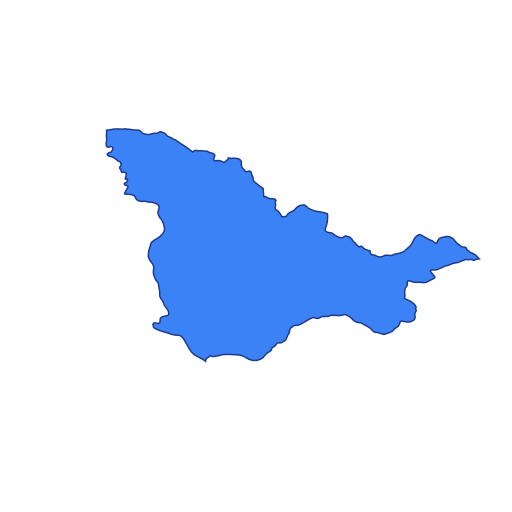 Aguada, Santander, Colombia (Robinson projection), rotated 121°
{"feature_id": "7082276B46903478883308", "entity_name": "Aguada", "entity_type": "district", "adm_level": 2, "iso_a3": "COL", "parent_name": "Colombia", "parent_adm1": "Santander", "projection": "robinson", "projection_center": [-73.538, 6.182], "detail": "fine", "context": "isolated", "style": "filled", "palette": "blue", "viewbox_px": 512, "rotation_deg": 121, "n_neighbors": 0, "source": "geoboundaries", "source_scale": "gbopen_adm2", "svg_char_len": 6111}
<svg xmlns="http://www.w3.org/2000/svg" viewBox="0 0 512 512"><g transform="rotate(121 256 256)"><path d="M372.2,245.0L370.9,245.6L369.4,245.7L366.2,244.3L364.8,243.1L364.4,241.0L360.5,236.5L357.5,233.6L354.9,229.6L350.5,221.5L348.7,217.3L348.3,213.7L348.2,208.9L347.2,205.0L344.8,201.2L342.0,198.9L339.3,197.6L336.7,197.3L334.4,196.8L329.6,194.5L328.0,194.6L326.4,195.0L324.5,193.9L322.8,193.3L321.3,193.1L320.1,193.1L319.1,192.4L318.2,190.8L317.2,189.5L315.7,188.8L313.9,187.7L312.1,187.3L307.2,188.0L305.1,187.9L303.6,188.5L302.2,188.8L301.2,189.2L299.8,189.2L298.5,188.5L296.9,188.1L295.5,187.1L293.6,184.3L290.8,182.2L282.4,177.6L279.7,175.7L278.9,174.8L278.5,172.7L277.7,170.9L276.7,170.0L274.3,168.5L273.2,167.3L272.4,165.7L271.4,164.6L271.0,163.3L269.7,162.3L268.1,161.0L266.3,158.0L264.8,154.9L263.0,152.4L260.2,149.6L259.9,146.8L259.9,143.5L260.6,140.6L261.1,137.0L260.5,134.3L259.6,132.4L259.1,130.4L259.3,128.2L258.9,126.6L259.1,124.8L258.9,123.0L259.1,120.5L259.8,118.5L260.3,116.1L259.9,114.1L258.9,112.2L257.5,106.2L256.1,104.7L255.0,104.0L253.5,102.6L251.6,101.2L250.1,100.3L247.5,99.8L245.5,99.1L243.1,97.9L241.2,97.9L237.6,98.6L236.8,97.7L234.6,92.2L233.1,89.9L229.7,87.7L228.2,87.6L226.4,88.1L224.1,90.1L220.3,90.5L218.8,92.2L217.3,92.5L216.0,94.7L215.5,96.8L215.2,99.6L215.4,102.1L215.9,105.5L215.9,106.8L213.5,107.8L210.4,110.0L208.7,110.8L206.7,111.5L202.9,111.3L200.4,113.0L198.6,112.8L197.1,107.0L195.2,103.6L194.1,102.0L193.2,99.9L191.5,97.1L190.0,95.9L187.1,94.2L183.6,91.9L182.1,91.6L181.5,92.5L180.5,95.3L179.7,97.7L178.9,98.9L177.5,98.4L175.7,95.2L174.2,93.6L172.2,92.3L170.4,90.8L167.3,88.9L165.2,86.6L160.9,83.4L157.4,79.4L155.2,77.8L150.9,74.4L150.0,72.4L148.0,69.6L147.8,67.5L147.0,66.6L145.6,65.6L144.7,64.8L143.5,63.1L142.1,68.1L142.1,71.5L142.2,72.5L142.6,73.9L141.9,78.3L140.8,80.1L140.8,81.6L141.8,83.1L142.1,85.0L141.6,90.0L140.8,92.6L139.8,95.4L139.6,97.3L139.8,99.9L141.1,102.8L143.0,104.6L144.5,106.5L146.7,107.9L148.8,108.0L150.2,107.9L151.3,107.6L152.4,107.9L152.5,110.4L152.2,112.5L152.7,115.4L153.0,125.3L153.5,127.1L156.3,128.7L159.3,129.2L165.5,128.7L167.9,129.0L171.9,130.3L174.9,131.0L177.2,132.3L180.2,135.0L182.6,137.7L185.8,140.1L188.6,145.5L191.1,147.2L193.0,149.1L193.9,151.4L194.0,154.1L194.9,156.4L195.2,158.3L194.6,159.6L192.9,160.6L192.9,161.5L193.5,162.4L194.1,167.3L193.3,170.2L193.7,171.2L195.1,172.1L195.0,173.3L194.5,175.9L193.8,177.5L193.3,180.4L191.9,183.1L191.9,184.4L191.5,185.5L192.3,188.3L192.8,189.7L193.9,190.4L195.4,190.9L196.3,192.2L197.1,194.0L197.4,195.5L197.4,197.2L197.6,199.1L197.6,200.2L197.2,201.5L197.3,203.1L198.8,206.7L198.9,208.6L198.3,209.9L196.8,210.7L194.2,211.2L191.0,212.1L188.3,213.3L185.3,214.9L183.5,216.1L183.0,216.6L183.6,219.2L185.0,223.4L186.8,227.7L187.5,230.6L187.8,232.5L187.9,233.7L188.2,235.2L187.6,238.0L187.3,239.7L187.4,241.2L189.1,243.3L190.7,244.8L193.1,246.0L196.0,246.6L198.1,247.3L199.9,248.6L201.7,249.5L203.4,250.3L206.3,250.4L207.6,251.9L209.1,254.2L208.1,255.4L206.4,259.3L205.8,263.5L204.7,264.6L202.7,265.2L199.0,267.7L198.1,267.5L197.7,268.1L197.5,269.0L198.3,271.0L199.8,274.0L200.2,276.2L200.2,278.3L201.2,279.9L194.3,284.8L194.3,288.4L193.6,292.5L193.2,296.3L191.5,298.2L190.0,299.1L188.8,301.3L187.4,302.4L186.5,303.7L186.5,305.4L188.7,307.5L188.9,308.9L187.9,311.5L187.3,313.6L185.9,315.2L182.4,317.4L181.7,319.2L181.7,321.2L182.6,323.4L183.8,325.7L185.1,327.5L186.1,330.2L187.8,329.9L189.7,330.6L191.9,331.3L192.5,332.1L192.5,333.9L192.9,335.9L193.8,337.9L195.1,339.5L195.8,340.6L195.0,341.8L194.3,342.3L192.1,342.8L190.9,343.1L190.4,344.2L190.3,345.8L190.8,347.5L191.0,348.8L191.5,349.6L191.2,351.3L192.2,353.6L193.9,356.9L195.3,359.2L196.3,361.7L197.2,362.9L199.4,363.7L199.2,367.2L198.7,370.8L198.5,374.2L198.4,380.1L198.1,382.7L198.0,384.6L198.1,385.6L198.5,387.2L198.3,388.6L198.4,390.5L198.7,391.8L198.7,392.7L198.9,393.8L197.8,396.8L197.8,397.5L198.3,400.8L198.6,401.7L199.3,402.5L201.1,403.4L201.7,403.9L202.6,405.3L203.1,406.4L204.3,407.7L206.4,409.6L207.1,410.3L208.1,412.4L209.1,415.5L209.1,417.1L208.5,419.2L208.4,420.3L208.4,421.3L209.4,422.8L211.3,426.6L212.6,429.9L213.7,431.9L214.6,434.1L215.8,435.2L216.5,436.8L217.5,438.3L218.3,440.1L220.7,443.6L223.9,447.2L225.1,448.9L226.2,448.1L228.8,446.8L231.4,445.2L232.8,443.9L235.9,442.8L237.8,441.7L238.7,441.0L239.1,439.9L238.9,439.0L238.5,438.2L237.0,437.0L236.6,435.7L236.7,434.9L236.9,434.6L238.2,433.9L239.0,433.6L241.0,433.7L242.0,434.1L243.4,435.4L244.4,435.8L245.2,436.0L245.8,435.6L246.2,434.1L246.0,433.1L245.1,430.5L245.0,429.0L245.0,427.4L245.2,425.4L245.7,423.3L245.3,421.9L245.3,421.3L245.9,419.9L246.7,419.1L247.3,418.3L249.5,418.5L250.3,418.5L250.6,418.3L251.2,417.7L251.7,416.2L253.0,414.9L253.3,414.3L253.4,413.8L252.5,413.1L252.2,412.5L251.9,411.6L251.8,409.9L252.3,409.5L253.8,409.0L254.7,408.5L256.8,408.0L257.4,407.5L257.2,407.0L256.4,406.1L256.7,405.5L258.0,404.9L259.4,404.8L260.1,405.1L260.6,405.7L261.2,406.1L261.9,406.1L262.6,405.4L262.7,404.9L262.1,402.8L262.0,402.3L262.3,401.8L262.7,401.4L263.8,401.2L266.6,401.2L268.2,401.0L270.1,400.9L270.4,400.5L270.3,399.9L268.6,397.0L267.6,394.4L267.0,391.9L267.4,390.5L268.8,388.1L269.0,387.4L269.3,385.9L268.8,383.8L268.1,382.1L267.2,380.9L266.2,379.2L265.6,377.6L265.4,376.3L264.0,374.1L262.5,369.4L262.6,366.6L263.3,364.6L264.7,363.7L266.9,363.3L269.2,362.5L270.8,361.1L272.3,359.0L273.5,355.7L276.0,351.8L278.2,349.7L279.8,348.4L282.3,347.4L285.4,347.5L288.9,348.4L292.4,350.0L295.3,351.6L298.5,352.7L302.7,351.6L306.8,350.6L309.7,349.3L312.1,347.9L314.0,345.4L315.1,343.1L316.0,340.4L318.1,337.9L322.6,335.8L324.3,334.5L326.4,332.1L328.3,329.3L328.9,327.1L330.3,325.1L332.7,323.2L334.9,321.2L337.4,319.4L339.9,317.9L341.5,315.6L342.7,312.8L343.9,310.9L345.3,309.4L348.0,303.2L349.7,301.6L350.9,300.8L352.0,300.8L353.7,302.2L355.5,304.2L357.2,305.5L358.8,305.9L362.8,304.0L364.4,305.4L365.0,307.4L365.9,309.0L367.6,309.2L369.8,307.2L370.2,305.3L369.5,300.0L367.3,291.4L366.5,287.6L365.1,283.8L363.5,281.1L363.3,278.4L364.6,274.8L370.2,264.8L371.6,261.7L372.4,258.1L372.0,247.7L372.2,245.0Z" fill="#3b82f6" stroke="#1e3a8a" stroke-width="1.5"/></g></svg>